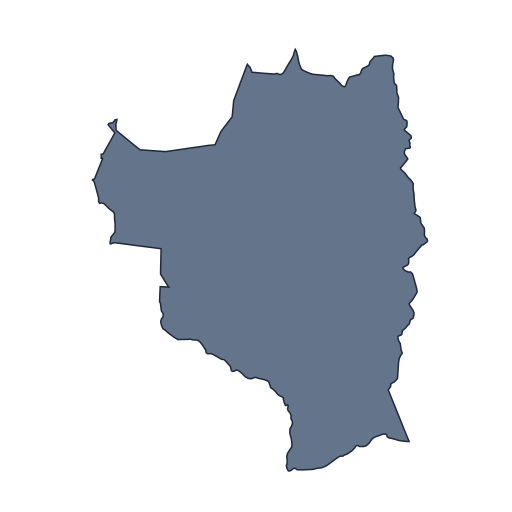 an SVG outline of Bolivia, rotated 185°
{"feature_id": "BOL", "entity_name": "Bolivia", "entity_type": "country or territory", "adm_level": 0, "iso_a3": "BOL", "parent_name": "South America", "parent_adm1": "", "projection": "robinson", "projection_center": [-65.153, -16.301], "detail": "fine", "context": "isolated", "style": "filled", "palette": "slate", "viewbox_px": 512, "rotation_deg": 185, "n_neighbors": 0, "source": "natural_earth", "source_scale": "50m", "svg_char_len": 5060}
<svg xmlns="http://www.w3.org/2000/svg" viewBox="0 0 512 512"><g transform="rotate(185 256 256)"><path d="M90.2,294.6L90.2,293.2L89.9,290.9L88.7,289.1L87.0,287.8L86.4,286.4L87.0,284.8L90.4,281.8L92.2,281.2L92.7,279.7L93.8,278.5L96.9,274.0L98.8,271.0L100.7,269.2L102.8,268.0L103.8,266.9L103.3,263.7L103.4,261.6L104.2,260.3L106.3,258.8L108.3,257.7L108.7,257.2L108.5,256.4L106.7,254.7L103.0,253.3L100.5,253.5L99.0,252.2L98.2,251.1L93.2,237.9L92.4,234.8L92.5,233.6L95.7,227.1L97.0,225.0L99.3,221.9L98.9,220.7L94.8,215.5L93.6,213.1L93.6,210.7L94.0,207.7L96.3,206.1L97.0,203.7L97.5,201.4L98.5,200.6L99.5,199.2L100.7,197.3L102.5,195.6L103.6,194.3L103.9,190.7L104.8,189.7L107.4,188.6L107.6,187.7L107.0,185.2L105.7,182.7L104.7,181.5L103.3,175.2L101.9,172.1L102.4,170.8L103.4,169.2L104.4,166.1L104.7,162.4L104.4,149.0L104.4,146.3L105.7,144.5L107.5,142.3L109.1,141.5L110.6,140.1L110.5,137.6L111.4,136.1L112.6,134.2L108.9,126.8L105.5,120.2L102.4,114.1L98.8,107.0L96.4,102.3L93.5,96.5L90.9,91.5L87.3,84.5L90.6,84.4L97.2,84.6L103.6,85.9L107.9,86.4L109.7,87.5L110.1,89.2L111.3,90.0L112.7,89.7L114.3,89.5L117.8,87.8L120.6,86.6L123.0,85.2L124.3,83.9L127.3,79.1L129.7,76.5L132.0,75.6L136.4,75.2L137.8,76.0L139.6,75.9L141.1,73.2L143.5,70.2L148.2,66.5L150.5,65.5L152.0,64.2L154.5,64.0L156.8,62.6L167.5,53.2L171.9,50.8L174.6,50.3L176.8,49.8L180.6,48.4L190.2,47.1L196.3,46.6L198.3,47.9L200.5,47.5L202.4,45.4L204.0,44.7L205.1,44.8L206.7,47.3L207.5,49.9L207.0,51.9L207.1,54.8L207.9,58.7L207.4,62.1L205.1,66.6L204.0,68.4L203.7,70.2L203.9,72.8L204.9,76.9L206.9,82.6L207.1,86.8L205.8,89.6L205.2,91.9L205.3,93.9L205.8,95.3L206.6,96.1L207.1,97.7L207.2,100.1L208.3,102.4L210.5,104.7L211.3,106.8L210.9,108.8L211.0,110.1L211.7,110.6L212.2,110.2L213.0,109.6L213.7,109.8L215.2,112.6L215.4,113.2L216.2,115.5L216.5,117.3L218.7,118.3L221.0,119.1L222.3,120.0L225.0,122.8L227.2,124.6L229.9,126.1L230.9,128.6L232.6,132.2L237.2,133.6L242.6,134.3L246.1,135.1L250.3,133.2L253.1,133.4L256.0,134.7L257.2,135.6L259.4,137.5L262.7,139.9L265.5,140.8L267.4,139.5L269.2,139.0L270.6,139.6L271.3,142.2L272.0,143.9L273.6,145.3L277.1,148.7L279.0,150.1L281.2,150.0L285.8,152.2L290.6,154.4L293.1,154.8L295.6,154.4L297.2,155.3L297.9,157.9L302.1,163.2L304.0,165.2L306.4,167.0L312.4,167.0L314.2,167.5L316.9,167.0L325.0,166.1L326.4,165.9L331.0,168.2L336.4,171.5L339.9,174.1L342.4,175.5L343.7,177.8L344.7,180.2L345.2,182.8L344.6,185.4L343.6,186.5L343.2,188.1L343.6,190.7L345.4,192.9L346.1,195.6L347.0,200.5L348.1,202.1L348.8,217.1L345.1,217.3L340.1,217.4L341.5,218.9L345.7,224.5L349.5,229.7L350.1,238.0L350.4,243.2L350.9,250.6L351.2,255.0L360.9,255.4L372.0,255.8L385.3,256.4L397.0,256.9L398.2,256.8L400.2,256.2L401.6,255.4L402.4,255.5L402.6,257.2L402.3,259.5L402.2,262.1L398.8,267.2L398.6,268.8L399.1,275.5L400.2,281.0L400.7,285.9L402.1,287.5L406.0,290.0L412.0,294.9L414.4,295.5L416.4,294.8L417.6,296.8L417.8,299.9L421.0,308.8L423.1,314.4L424.0,316.3L425.6,317.4L425.3,318.1L424.0,318.4L423.4,319.4L421.5,325.7L419.0,334.0L417.3,339.8L418.8,339.9L418.8,341.5L419.1,343.9L417.3,344.2L416.8,345.1L414.7,349.9L411.9,356.1L409.0,362.6L407.4,366.4L410.2,369.2L414.8,373.9L414.1,375.2L412.0,375.9L410.3,376.4L409.0,378.1L408.3,379.4L406.4,379.9L407.0,374.6L406.5,369.9L406.0,368.8L397.8,363.2L390.5,358.2L380.8,351.7L368.2,351.9L355.3,352.1L342.9,355.0L330.7,357.9L324.9,359.2L313.3,362.0L306.5,363.2L304.7,368.5L302.0,376.4L299.3,381.0L296.2,385.8L291.9,392.6L291.8,400.9L291.8,408.8L288.7,419.9L286.1,429.3L283.6,438.4L281.9,444.6L281.3,446.2L280.9,445.7L278.7,443.8L276.7,440.3L276.2,438.7L264.2,438.7L252.9,438.9L251.8,439.6L250.1,439.6L248.9,438.9L247.8,438.9L246.1,439.6L244.6,441.0L240.2,450.4L238.1,454.5L236.5,458.1L235.3,464.2L234.9,465.3L233.5,463.1L231.5,457.5L230.7,454.3L229.4,450.6L227.1,446.1L224.5,444.7L222.9,444.2L220.5,443.3L216.4,442.2L214.6,442.0L202.8,441.9L201.8,441.7L197.2,442.3L194.8,441.9L192.4,439.3L186.9,434.9L185.7,433.4L183.6,432.5L182.4,432.4L181.6,433.3L180.7,437.0L179.5,440.4L178.4,442.4L174.4,443.8L170.8,445.3L168.8,445.7L167.7,447.4L167.2,449.7L166.3,451.9L161.1,455.1L159.9,456.4L159.3,459.6L156.4,463.5L155.5,465.1L150.8,466.1L144.8,467.3L141.3,467.2L138.9,466.9L138.1,466.2L136.5,465.1L136.2,463.9L136.2,462.1L136.6,458.9L136.4,454.5L134.5,449.4L134.6,447.8L134.4,445.3L133.4,440.5L130.9,438.2L130.2,434.2L129.9,430.8L127.8,426.5L127.5,421.0L127.5,416.3L124.2,410.8L120.8,405.0L118.1,404.2L117.4,403.5L117.1,401.8L117.0,399.3L117.2,397.7L119.3,395.1L119.4,394.7L119.0,394.2L113.5,390.4L112.1,389.3L111.7,387.9L111.7,386.7L113.0,385.5L113.7,384.5L112.4,381.8L112.5,379.4L111.7,378.3L111.7,377.5L112.5,376.8L116.1,376.0L117.2,373.5L117.2,371.5L116.6,370.0L113.4,366.3L113.3,365.7L116.7,360.5L119.1,357.1L119.8,356.4L119.6,355.7L119.0,354.8L117.4,353.5L115.4,352.0L113.7,350.3L111.5,347.7L108.7,345.5L106.7,343.3L105.6,341.5L105.6,339.6L105.3,336.5L104.0,331.5L103.6,328.1L103.0,324.4L102.4,321.9L102.1,319.5L101.1,317.0L100.6,315.1L101.3,313.8L102.1,312.7L102.0,312.1L96.7,309.3L95.8,308.6L94.6,303.1L90.7,298.3L90.2,294.6Z" fill="#64748b" stroke="#1e293b" stroke-width="1.5"/></g></svg>